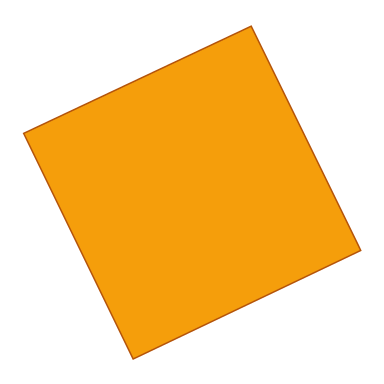 outline of Trego, Kansas, United States of America, rotated 64°
{"feature_id": "52423323B86059367536746", "entity_name": "Trego", "entity_type": "district", "adm_level": 2, "iso_a3": "USA", "parent_name": "United States of America", "parent_adm1": "Kansas", "projection": "orthographic", "projection_center": [-99.874, 38.915], "detail": "fine", "context": "isolated", "style": "filled", "palette": "amber", "viewbox_px": 384, "rotation_deg": 64, "n_neighbors": 0, "source": "geoboundaries", "source_scale": "gbopen_adm2", "svg_char_len": 235}
<svg xmlns="http://www.w3.org/2000/svg" viewBox="0 0 384 384"><g transform="rotate(64 192 192)"><path d="M68.9,66.1L65.5,317.6L316.3,318.1L318.5,66.0L312.5,65.9L68.9,66.1Z" fill="#f59e0b" stroke="#b45309" stroke-width="1.5"/></g></svg>